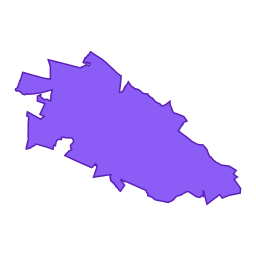 outline of Atlacomulco, México, Mexico
{"feature_id": "50627088B32133726241460", "entity_name": "Atlacomulco", "entity_type": "district", "adm_level": 2, "iso_a3": "MEX", "parent_name": "Mexico", "parent_adm1": "México", "projection": "mercator", "projection_center": [-99.861, 19.816], "detail": "fine", "context": "isolated", "style": "filled", "palette": "violet", "viewbox_px": 256, "rotation_deg": 0, "n_neighbors": 0, "source": "geoboundaries", "source_scale": "gbopen_adm2", "svg_char_len": 5569}
<svg xmlns="http://www.w3.org/2000/svg" viewBox="0 0 256 256"><path d="M55.5,61.5L48.2,59.7L50.4,66.8L50.3,69.1L50.4,79.0L44.2,78.3L28.5,74.0L22.8,72.3L22.2,74.0L21.6,76.4L21.3,77.2L20.4,80.2L20.0,80.3L17.8,86.7L17.7,87.4L17.4,87.7L16.8,88.2L16.4,88.5L16.2,88.5L15.9,88.7L15.5,89.2L15.4,89.4L15.5,89.9L15.9,90.6L16.1,90.8L16.6,90.9L16.9,90.9L17.3,90.9L17.9,90.7L18.4,90.8L18.5,91.0L19.4,91.4L19.9,91.4L20.2,91.6L20.4,91.9L20.8,92.2L21.1,92.4L21.6,93.1L21.9,93.4L22.1,93.7L22.5,93.9L23.1,94.2L23.7,94.5L24.6,94.7L25.2,94.5L26.3,94.2L33.2,93.9L41.3,92.7L52.2,89.8L50.8,96.2L51.1,95.6L51.1,95.8L51.0,96.2L50.9,97.6L50.8,97.9L50.7,98.1L50.7,98.3L50.9,99.5L50.9,99.8L50.9,100.2L50.8,100.5L50.5,100.7L50.2,100.7L49.9,100.6L49.2,100.4L48.0,99.8L47.4,99.6L47.0,99.3L46.6,99.3L45.6,99.4L45.2,99.6L44.8,99.8L44.6,99.8L44.0,99.5L43.7,99.3L42.4,98.1L42.2,97.9L41.3,97.6L40.8,96.9L40.5,96.4L40.5,96.2L40.7,95.5L41.0,95.0L41.0,94.7L40.8,94.6L40.6,94.6L40.2,94.7L39.7,95.1L39.4,95.4L39.2,95.6L38.0,95.8L37.5,96.0L37.3,101.0L44.9,103.6L39.9,114.4L44.2,116.4L43.2,117.3L41.5,118.1L41.1,118.7L40.9,119.3L27.4,111.8L26.7,115.8L28.6,116.7L28.2,124.8L28.3,128.5L28.1,136.2L28.4,138.7L28.0,140.4L27.7,142.1L27.2,143.4L27.2,144.1L26.7,146.1L26.5,146.5L26.2,149.0L30.0,148.1L30.5,147.8L32.4,146.5L34.0,145.8L35.1,145.0L36.2,144.0L48.2,147.5L53.0,149.3L53.7,145.3L55.4,145.7L55.8,143.1L56.8,140.3L59.3,139.2L61.3,139.6L61.7,137.4L62.8,137.2L64.9,137.5L66.5,137.9L67.6,137.8L68.3,137.8L69.7,138.0L71.0,137.8L71.4,137.8L71.9,137.9L72.3,138.4L73.4,140.6L73.5,141.7L73.1,142.6L71.7,143.8L70.5,145.5L70.5,146.1L70.9,148.2L71.1,148.8L71.8,149.7L70.1,150.6L69.3,150.7L65.1,155.0L64.8,155.5L75.4,160.5L91.0,167.4L91.5,167.6L92.5,167.1L93.3,166.2L93.6,165.9L94.4,164.9L94.6,164.5L95.2,163.8L95.4,163.9L95.7,164.4L95.4,164.6L95.2,165.0L95.5,165.0L96.1,164.9L96.0,165.0L95.5,165.1L95.4,165.3L95.6,165.4L96.0,165.3L96.5,166.0L96.6,166.5L97.0,167.0L93.5,177.2L110.8,174.6L110.9,175.4L110.1,176.2L110.1,176.9L110.3,178.4L111.0,179.2L111.0,179.5L110.9,179.8L110.6,179.9L110.5,180.2L110.6,180.4L112.2,182.2L112.5,182.1L112.9,182.2L112.9,182.5L113.2,182.5L113.3,182.9L113.9,183.5L114.2,183.6L114.3,183.7L114.3,184.2L114.5,184.6L114.8,184.5L115.0,184.8L115.4,185.0L115.8,185.8L115.8,186.7L117.2,187.4L117.4,187.7L118.1,188.7L119.2,190.3L119.7,190.8L120.4,191.3L124.6,185.3L120.8,180.3L121.0,180.0L121.4,179.4L124.5,181.7L124.8,181.0L146.0,190.4L146.0,190.9L146.5,192.1L146.9,192.7L147.5,193.2L147.8,193.7L147.7,193.8L147.8,194.6L147.7,195.5L148.8,196.2L149.6,196.5L150.4,196.5L151.0,196.6L151.6,196.9L154.7,199.5L155.8,199.8L156.1,199.9L156.4,200.1L156.7,200.2L158.0,200.4L158.3,200.4L159.5,200.7L160.2,200.8L161.4,201.0L162.9,201.1L163.3,201.3L163.9,201.6L164.6,201.8L165.6,201.9L167.8,202.4L168.4,202.4L168.8,202.2L169.4,201.8L170.0,201.6L170.7,201.3L171.9,200.8L172.9,200.2L173.3,199.6L173.7,199.3L174.1,199.0L174.3,198.8L174.5,198.5L175.1,197.9L175.5,197.2L176.9,196.2L177.7,195.8L178.1,195.7L179.1,195.6L179.6,195.5L180.5,195.1L181.4,194.8L182.0,194.4L182.4,194.1L185.2,192.5L186.2,192.0L186.7,191.8L187.9,191.6L188.3,191.6L190.3,192.7L192.6,194.3L193.2,194.7L193.8,195.0L194.4,195.4L194.8,195.7L195.6,196.3L196.0,196.6L197.0,196.9L198.1,197.1L199.2,197.4L200.0,197.3L200.3,197.2L200.9,196.7L201.4,195.8L202.4,196.1L202.9,196.1L203.2,196.3L203.3,190.3L206.2,201.3L207.0,204.2L207.4,203.8L219.7,194.6L222.2,198.1L228.8,195.4L240.2,193.1L240.6,188.5L234.2,179.4L235.9,177.8L237.4,177.0L233.4,174.1L236.2,170.4L229.2,166.1L220.9,165.0L218.5,163.3L216.5,162.6L213.2,159.8L211.9,158.5L211.2,157.1L209.7,156.6L209.5,156.4L208.2,153.2L207.5,151.3L207.1,149.8L204.4,146.5L202.7,144.8L201.0,144.8L197.9,144.5L196.0,143.6L194.6,142.9L194.3,142.8L193.3,142.1L191.9,141.3L191.4,141.1L190.0,139.6L188.9,139.0L187.1,137.4L183.2,134.6L179.8,132.0L179.5,131.9L179.7,131.6L178.2,130.7L180.0,128.4L180.0,128.1L180.0,127.6L180.3,127.4L181.3,126.4L182.2,125.3L183.0,124.2L182.7,123.5L184.2,122.1L185.1,121.8L187.0,121.0L183.9,116.6L181.4,115.5L177.2,113.9L174.0,113.0L173.7,112.6L173.4,112.4L172.2,110.4L172.0,109.8L172.1,109.7L172.0,109.4L170.8,106.2L170.3,105.7L170.2,104.0L170.0,103.0L170.0,101.9L170.0,101.3L169.3,101.7L168.1,102.8L167.7,103.0L166.4,104.2L165.7,104.5L165.4,104.8L164.5,105.2L163.5,105.5L162.0,106.2L160.9,104.8L159.8,103.8L156.2,102.2L155.4,101.6L154.9,101.3L154.1,100.0L153.1,99.0L152.9,98.9L152.5,98.6L152.5,98.2L152.4,98.1L151.8,97.8L151.3,97.5L149.8,96.7L149.3,96.0L149.0,96.2L148.9,96.1L149.0,95.8L148.3,95.2L148.2,94.8L148.1,94.3L148.0,94.0L146.3,93.9L145.6,93.8L145.1,93.6L144.5,93.7L144.0,93.7L143.5,93.6L142.6,92.9L142.1,92.4L140.9,91.6L139.9,90.6L138.9,89.8L138.0,89.4L137.2,89.3L135.9,88.8L135.1,89.0L134.4,88.2L131.5,86.4L131.2,86.0L130.1,84.4L129.6,83.7L128.3,81.8L127.2,84.1L126.5,85.0L126.0,85.4L125.3,86.4L125.4,86.5L124.9,87.0L124.8,87.4L124.6,87.6L124.6,87.8L124.5,88.1L124.3,88.2L124.3,88.4L124.1,88.6L124.1,88.9L124.3,89.1L124.1,89.8L123.5,90.0L123.2,90.6L122.4,91.0L122.4,91.3L122.3,91.5L122.1,91.6L121.6,92.1L120.4,92.3L119.5,92.2L120.0,87.5L120.3,85.5L121.2,75.8L119.8,75.2L118.2,73.9L117.4,73.3L116.6,72.6L115.9,72.0L112.2,68.3L109.9,66.3L106.1,62.6L103.0,60.1L101.3,58.8L94.7,54.6L92.6,53.1L91.4,52.3L90.5,51.8L88.4,55.3L87.9,55.1L86.1,57.9L85.3,57.5L83.1,62.3L83.9,63.0L84.4,62.1L85.7,63.1L86.2,63.4L86.9,62.2L87.8,63.2L88.2,62.9L88.5,63.0L88.9,62.5L90.2,63.1L88.8,65.8L86.4,64.7L85.9,64.9L85.7,65.0L85.0,65.5L84.8,65.8L84.5,65.8L84.2,65.9L83.8,66.2L83.3,66.7L82.9,66.9L82.7,66.8L82.4,66.7L80.3,67.8L79.9,67.8L55.5,61.5Z" fill="#8b5cf6" stroke="#5b21b6" stroke-width="1.5"/></svg>